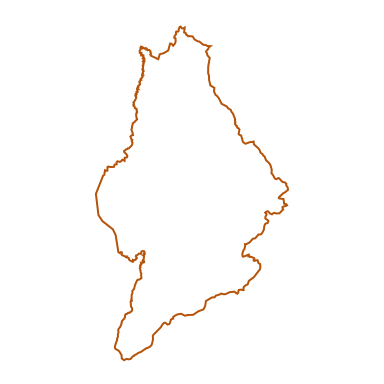 the district of Renacimiento, Chiriquí, Panama, rotated 178°
{"feature_id": "35544464B69135506248692", "entity_name": "Renacimiento", "entity_type": "district", "adm_level": 2, "iso_a3": "PAN", "parent_name": "Panama", "parent_adm1": "Chiriquí", "projection": "natural_earth1", "projection_center": [-82.783, 8.748], "detail": "fine", "context": "isolated", "style": "outline", "palette": "amber", "viewbox_px": 384, "rotation_deg": 178, "n_neighbors": 0, "source": "geoboundaries", "source_scale": "gbopen_adm2", "svg_char_len": 6057}
<svg xmlns="http://www.w3.org/2000/svg" viewBox="0 0 384 384"><g transform="rotate(178 192 192)"><path d="M268.0,28.0L265.7,26.3L263.3,27.5L261.4,27.0L259.3,27.2L256.8,29.9L255.3,30.5L255.1,31.1L253.2,31.7L251.5,33.0L248.7,33.9L243.4,37.3L240.9,38.1L239.3,39.0L237.7,40.6L236.9,42.9L236.1,46.3L236.2,49.5L235.6,50.6L227.9,57.9L226.2,60.6L224.7,62.1L223.8,62.4L223.0,62.1L221.0,60.4L219.3,60.9L218.6,61.9L217.6,65.1L216.4,65.9L215.2,66.1L215.1,67.9L211.5,70.0L207.2,70.7L203.4,68.6L200.5,69.2L195.2,69.2L189.7,72.6L184.6,74.3L182.8,77.7L181.9,82.5L175.9,85.9L173.1,86.0L171.8,87.6L168.0,88.6L166.3,89.5L164.6,88.8L162.2,88.7L157.7,90.6L153.0,90.9L151.0,89.1L150.3,88.8L149.2,89.8L149.2,91.2L148.6,92.5L146.0,92.7L144.9,92.2L143.9,92.2L143.8,94.7L143.5,95.4L141.8,96.8L139.6,97.7L138.3,101.2L133.2,104.7L126.8,112.4L126.3,114.4L126.4,117.6L128.0,118.6L128.8,121.5L129.4,121.6L131.8,121.0L132.7,121.2L132.8,121.8L131.9,123.0L132.3,123.9L135.0,125.0L136.8,125.2L136.9,126.2L137.9,126.0L137.7,127.4L143.0,125.5L143.7,125.9L143.9,128.2L142.6,132.1L141.6,133.1L140.7,136.2L140.9,138.0L139.2,138.1L136.1,139.7L132.9,143.1L130.3,143.6L127.1,147.2L124.9,147.2L123.6,148.1L121.5,151.8L120.9,155.6L120.2,157.2L119.6,157.8L117.5,158.4L117.0,159.1L116.7,160.3L117.0,161.0L119.6,162.9L119.6,164.5L118.3,166.8L118.5,167.7L119.6,168.8L119.1,169.3L117.6,170.1L116.7,170.0L114.8,167.8L112.9,166.9L111.5,168.0L110.5,168.2L108.3,167.6L105.3,167.7L101.5,171.4L102.2,173.0L102.0,173.9L97.5,175.3L98.2,176.5L100.3,177.0L100.8,181.8L105.0,182.5L105.5,183.2L104.9,184.1L100.7,187.7L99.4,188.2L95.9,190.9L96.2,193.1L97.7,195.7L97.4,196.8L98.7,198.3L101.2,198.9L104.6,202.8L105.3,202.9L107.2,201.9L108.3,202.2L108.9,202.9L110.4,206.0L111.9,208.0L111.5,211.4L112.8,216.5L114.1,218.4L116.9,221.2L118.3,225.1L119.3,225.7L120.3,227.5L122.1,228.8L122.9,231.4L123.9,233.1L128.4,237.4L128.7,240.3L130.1,239.8L132.1,239.9L136.6,238.4L137.9,238.9L139.4,240.4L140.9,246.7L142.9,247.7L143.4,248.4L142.4,252.8L143.3,254.1L144.3,254.5L145.0,255.9L144.9,256.5L145.7,256.9L146.7,258.5L146.2,259.5L146.6,260.0L146.2,260.9L146.7,261.9L146.3,263.1L148.4,269.1L149.6,270.5L150.4,272.7L153.3,274.6L154.0,276.1L159.3,279.1L161.8,284.5L163.8,287.4L164.9,288.0L165.3,288.7L166.5,291.7L166.0,295.3L169.9,297.9L171.0,303.4L171.0,307.9L171.7,309.9L171.7,311.0L171.4,316.9L169.6,325.4L171.8,328.0L172.2,330.2L173.0,331.6L172.8,332.5L171.4,333.7L169.7,336.4L168.6,337.1L171.6,337.4L172.9,338.3L175.8,338.9L179.4,342.1L180.8,342.3L184.1,344.3L185.9,347.4L189.1,347.9L190.4,347.7L191.1,348.8L192.1,349.1L192.7,351.0L194.3,351.7L193.6,356.6L194.8,355.9L196.1,355.8L196.6,356.1L197.6,357.7L198.6,357.3L199.4,355.6L199.9,353.2L200.4,352.8L202.1,352.9L202.5,352.1L202.5,350.2L204.2,348.0L204.4,346.8L203.3,346.3L203.1,345.7L203.1,343.0L203.8,341.0L205.8,338.8L207.3,340.9L208.7,341.1L210.8,334.3L215.2,331.8L219.4,330.8L221.1,325.9L228.2,329.6L228.9,330.8L228.0,331.6L228.8,333.3L228.5,334.0L229.6,335.3L230.7,335.6L231.4,335.3L231.7,335.9L232.4,335.8L232.4,337.0L233.4,337.5L234.1,336.8L236.1,338.2L236.4,337.2L236.9,337.1L237.1,337.5L236.8,338.2L237.8,338.4L237.4,339.8L238.4,338.4L238.6,336.1L239.5,334.6L239.3,333.0L238.5,333.0L238.2,332.3L237.7,332.5L237.7,331.8L238.4,331.7L238.0,330.3L236.8,330.8L235.9,330.3L236.5,329.6L235.9,329.0L236.1,328.4L235.4,328.0L235.3,327.4L236.1,327.0L235.1,326.5L235.7,326.0L235.2,325.4L235.7,325.1L235.5,324.6L236.2,324.6L236.5,324.2L235.5,323.7L236.1,323.4L235.7,322.5L236.4,321.7L236.0,320.8L236.9,320.0L236.4,319.1L236.9,317.7L236.6,316.9L237.3,316.4L237.0,315.2L236.5,315.1L236.6,314.6L236.2,314.4L237.1,313.1L236.8,312.2L237.4,311.9L237.8,310.6L236.8,310.2L237.5,309.6L237.4,308.7L238.1,308.3L238.4,307.3L239.2,306.9L238.9,306.0L239.6,306.1L239.9,304.8L240.7,304.2L240.3,303.6L240.6,303.0L240.3,302.7L240.1,301.7L240.9,300.5L241.5,300.5L242.3,299.5L242.0,298.5L242.8,298.4L243.0,297.3L242.3,296.6L243.3,296.6L242.9,294.6L243.7,294.3L243.1,293.6L244.7,292.4L244.0,291.6L245.2,290.7L244.6,290.1L245.0,289.5L244.3,288.6L245.7,285.6L247.4,283.5L246.9,282.9L247.2,282.3L247.0,281.6L247.6,281.1L247.3,279.9L246.4,279.6L246.2,277.9L244.7,277.2L244.8,276.5L244.3,276.1L244.4,274.5L244.0,273.8L244.8,272.9L244.6,272.4L245.2,271.5L245.0,268.8L244.3,266.5L246.4,264.7L246.8,264.0L248.9,262.7L248.9,261.6L249.7,259.6L249.8,258.1L250.4,256.3L249.3,253.2L249.0,250.9L250.4,250.7L251.6,249.6L250.7,246.8L249.8,246.1L250.5,245.0L249.7,243.5L250.4,240.9L253.6,237.8L254.7,237.9L255.2,237.2L256.2,237.0L258.5,235.2L258.4,234.4L256.1,231.9L255.3,230.2L255.8,228.9L258.1,228.5L258.3,225.5L260.5,226.7L261.6,225.4L263.0,224.6L265.4,225.3L266.4,224.3L266.3,222.3L268.4,222.1L269.2,219.8L273.0,219.8L274.9,220.4L275.6,219.9L275.8,216.3L276.6,216.1L278.2,216.8L279.0,212.3L280.4,211.2L288.1,193.4L286.3,172.2L282.5,166.0L272.4,157.5L269.8,151.7L267.7,134.5L266.5,133.6L265.1,134.4L264.4,134.3L264.1,133.7L264.7,132.1L264.2,131.4L260.8,129.8L259.5,129.8L259.9,129.0L257.6,128.4L257.1,126.4L256.5,125.8L253.7,124.3L253.1,124.5L253.3,126.2L252.4,125.9L250.8,126.2L250.3,127.2L249.5,127.5L249.4,128.1L250.4,129.5L250.1,130.5L249.0,130.8L247.1,132.3L245.3,131.9L244.6,134.2L243.9,134.7L241.9,134.4L241.5,133.9L241.8,133.2L241.4,132.3L242.2,131.9L241.7,131.1L243.1,130.4L242.3,129.8L242.2,129.2L242.7,126.5L243.7,125.3L243.4,124.8L243.0,125.4L242.6,125.3L242.3,123.5L243.0,123.2L243.8,124.0L244.5,123.0L245.3,123.1L244.9,122.1L245.5,121.8L245.4,121.0L246.4,120.6L246.6,119.5L246.0,118.6L246.9,117.7L246.1,115.0L246.2,113.9L245.5,112.3L245.8,110.8L245.5,107.7L247.7,106.3L249.2,106.2L250.0,105.6L252.2,101.1L253.2,97.4L255.1,95.1L255.0,93.3L255.9,91.1L256.1,87.4L256.5,86.9L255.8,85.7L256.1,85.1L257.0,85.0L257.2,84.6L256.9,79.5L256.0,78.2L255.9,75.9L256.7,74.7L258.0,74.2L258.6,73.4L260.1,73.5L261.3,72.4L262.6,72.2L263.2,71.2L263.4,69.2L263.9,68.1L266.5,65.5L267.4,61.8L268.8,59.2L270.1,57.9L270.6,56.4L270.3,54.5L271.0,52.5L271.1,49.8L272.0,48.1L272.0,46.4L273.1,44.3L274.4,40.4L274.5,38.9L274.0,37.9L271.0,36.1L269.7,34.4L268.1,31.4L268.0,28.0Z" fill="none" stroke="#b45309" stroke-width="2"/></g></svg>